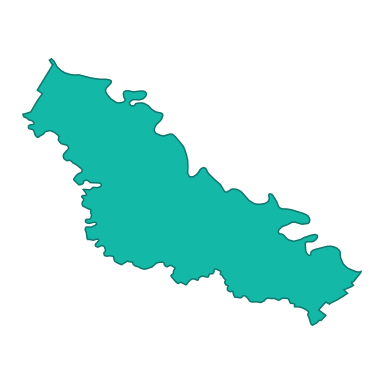 the district of Prisacani, Iasi, Romania
{"feature_id": "2599482B74582791641671", "entity_name": "Prisacani", "entity_type": "district", "adm_level": 2, "iso_a3": "ROU", "parent_name": "Romania", "parent_adm1": "Iasi", "projection": "natural_earth1", "projection_center": [27.89, 47.067], "detail": "fine", "context": "isolated", "style": "filled", "palette": "teal", "viewbox_px": 384, "rotation_deg": 0, "n_neighbors": 0, "source": "geoboundaries", "source_scale": "gbopen_adm2", "svg_char_len": 5935}
<svg xmlns="http://www.w3.org/2000/svg" viewBox="0 0 384 384"><path d="M361.0,271.5L359.0,272.1L355.8,271.6L348.1,268.4L345.1,265.9L343.1,263.7L340.6,257.9L340.2,254.9L340.3,252.8L340.0,251.5L338.7,249.8L336.6,248.0L333.6,246.8L330.4,246.2L327.1,246.4L315.9,249.2L312.5,250.5L311.0,252.1L310.7,254.7L309.9,255.5L308.4,255.1L306.7,253.2L305.8,251.3L305.2,243.4L305.9,242.5L306.9,241.7L311.7,241.8L313.6,241.3L315.6,239.9L317.3,237.6L317.5,235.9L316.9,235.1L314.8,234.5L311.1,235.2L303.8,237.7L300.8,239.5L293.7,241.3L288.9,240.0L286.9,238.7L284.7,236.2L282.9,234.7L281.3,233.9L279.4,233.9L278.4,232.1L278.4,231.2L278.9,229.7L281.5,227.1L283.0,226.3L288.0,224.4L291.7,222.4L293.5,222.0L295.1,222.2L302.0,224.2L307.1,223.6L308.4,223.2L309.3,222.3L309.8,219.5L309.2,217.9L308.1,216.1L306.4,214.8L303.2,213.4L291.5,209.8L286.8,209.0L282.2,208.9L280.6,208.3L279.1,207.2L278.2,205.8L276.9,202.2L274.6,198.2L272.1,194.5L270.0,193.8L269.2,194.1L268.9,194.8L268.8,196.0L269.3,198.3L268.8,200.2L267.9,201.7L266.4,202.7L264.7,203.5L261.3,204.1L258.1,204.3L254.5,203.8L248.9,200.4L241.8,192.3L239.8,190.8L237.5,189.7L235.2,189.1L232.3,189.0L231.2,189.4L227.1,192.0L225.4,192.0L224.5,191.4L220.4,184.5L214.6,179.6L208.8,173.9L207.5,172.1L206.3,169.2L205.3,168.2L203.7,167.6L201.7,168.3L200.1,169.6L198.9,171.7L196.5,174.6L193.2,176.8L190.2,176.9L189.1,176.2L187.7,173.4L187.9,165.7L187.6,160.2L186.5,155.2L184.9,150.0L183.5,146.7L182.0,144.7L175.4,136.8L173.5,135.0L172.1,134.2L170.7,134.0L169.0,134.3L163.8,136.0L160.4,135.3L157.7,134.2L155.7,133.1L154.4,131.3L154.3,129.4L154.8,127.5L155.6,125.8L157.0,123.9L160.1,121.0L161.5,119.1L162.6,116.5L162.8,114.7L162.2,113.7L161.1,113.0L156.4,112.1L154.3,111.1L151.6,109.2L148.2,105.6L143.9,103.3L141.9,102.9L137.1,103.2L135.7,103.7L134.1,105.8L133.1,106.0L131.0,105.6L129.7,104.3L129.5,102.7L130.1,101.6L132.1,100.0L134.1,99.6L139.3,99.9L143.2,98.7L145.0,97.1L146.0,95.6L146.5,93.9L146.0,92.7L145.0,91.7L143.3,91.1L140.8,91.0L133.2,91.9L129.0,90.8L125.8,90.8L123.9,92.0L123.3,93.9L123.9,97.2L125.0,99.1L125.1,100.4L123.8,101.9L121.5,102.6L118.7,103.0L116.4,102.5L111.2,99.2L107.2,94.6L105.6,91.7L105.6,89.7L106.4,87.8L110.5,83.7L111.4,81.8L111.0,80.6L109.1,79.8L105.8,79.3L100.8,79.3L95.3,78.7L90.3,77.8L79.1,74.9L74.6,75.0L69.7,74.4L64.5,72.7L61.1,70.5L57.2,67.0L54.0,61.2L51.5,58.8L49.4,60.1L51.9,64.1L52.9,64.6L37.3,90.1L42.4,93.7L37.5,100.5L30.8,111.9L24.5,114.0L23.0,114.1L23.3,115.8L24.0,116.8L27.1,118.2L28.8,119.9L32.0,120.7L33.8,122.5L34.1,123.2L33.8,124.1L33.2,124.5L30.6,124.7L29.2,125.3L28.5,126.2L28.4,127.5L28.8,128.3L29.4,128.8L32.3,129.4L33.2,129.9L34.0,131.2L35.0,134.7L36.8,137.0L38.0,137.3L39.0,136.8L40.1,135.9L43.5,134.0L44.9,132.1L45.7,131.6L49.5,130.6L50.5,130.7L54.7,132.5L58.2,135.4L58.9,137.0L58.3,139.6L58.7,140.7L60.1,142.6L61.8,143.9L66.8,145.1L67.6,145.7L68.4,147.1L68.5,148.4L68.0,149.3L64.4,153.2L63.5,154.7L63.2,156.2L64.0,158.7L66.5,160.6L67.4,160.7L69.4,160.2L71.1,161.0L73.1,163.0L76.9,165.1L81.0,168.4L82.3,170.0L81.9,171.6L81.0,172.6L78.1,173.8L76.4,175.4L73.7,179.1L73.8,179.8L74.9,181.0L78.9,184.8L80.7,184.6L82.4,184.0L83.3,183.1L83.9,181.0L85.6,180.2L87.5,180.4L90.3,182.6L99.1,183.0L100.5,183.5L101.2,184.2L101.3,185.4L100.7,186.4L98.5,187.4L96.8,187.6L93.2,187.3L92.4,187.7L91.7,188.8L89.9,189.8L84.9,189.5L84.0,189.2L83.2,189.6L85.4,192.3L86.3,193.9L86.6,194.7L85.9,195.5L82.8,195.5L81.7,196.2L81.8,197.0L83.5,199.1L83.7,199.8L83.7,200.4L82.3,202.1L82.1,203.1L82.2,204.9L82.8,206.0L83.4,206.4L88.3,208.8L90.7,209.6L91.0,210.6L90.6,211.8L90.6,212.7L91.6,215.1L91.2,216.9L90.4,218.7L89.3,219.3L86.3,219.4L85.5,220.2L85.5,221.7L86.0,222.5L87.0,223.0L89.4,223.4L92.8,222.5L95.0,222.2L95.9,222.5L96.5,223.7L96.5,224.2L95.2,225.3L91.6,227.1L86.6,227.0L86.1,227.2L85.5,227.9L85.2,229.8L86.3,232.6L86.8,236.3L87.4,236.8L87.0,237.3L86.9,238.1L87.7,239.5L89.1,239.4L93.4,240.2L96.5,239.2L98.0,239.3L98.7,240.1L98.7,240.8L95.6,244.0L95.3,244.9L95.5,246.0L96.5,246.7L97.9,247.1L101.8,245.5L103.6,246.1L104.6,247.2L105.5,250.3L105.1,251.4L103.9,252.8L104.0,254.4L104.3,255.1L104.8,255.7L106.5,256.2L110.4,255.8L112.7,256.3L113.8,257.2L114.0,259.6L114.8,261.2L116.9,262.7L120.7,264.4L121.7,264.6L127.6,261.0L128.4,261.6L132.5,262.2L133.3,264.3L134.2,265.3L135.6,266.1L138.5,266.9L140.8,268.2L143.6,269.1L144.9,269.1L147.7,268.5L149.6,267.6L152.0,267.0L156.1,263.3L156.8,263.0L159.3,262.3L162.7,262.1L164.1,262.9L164.3,264.7L165.7,266.3L167.1,266.8L169.7,265.5L171.3,265.5L174.9,267.7L174.9,268.6L173.5,270.8L173.3,273.6L171.5,274.8L171.0,275.5L171.0,275.9L172.1,277.5L175.1,281.1L177.6,283.4L178.3,283.5L179.6,282.7L181.2,282.3L185.8,284.9L186.7,284.3L188.4,281.9L190.2,280.2L192.2,278.9L194.5,279.0L197.5,280.3L198.1,279.9L198.7,278.3L199.3,277.5L202.1,276.0L206.9,277.1L208.1,277.0L208.6,276.4L209.1,274.2L210.1,273.9L212.5,273.8L213.7,272.6L214.5,269.2L215.4,269.0L216.5,269.2L220.5,271.2L220.8,271.8L220.3,273.9L220.4,274.4L222.3,275.5L223.4,277.7L225.6,279.8L225.4,280.7L224.8,281.7L224.8,283.0L225.9,284.9L227.7,285.5L228.2,285.9L228.2,286.4L227.4,287.7L227.3,288.8L227.6,290.3L229.7,291.6L230.9,291.7L232.1,291.3L232.7,291.5L233.1,292.5L233.5,294.6L234.8,297.1L240.5,297.8L241.6,297.4L243.0,295.9L244.6,295.7L245.6,296.2L247.8,298.3L249.7,301.1L251.0,301.8L252.9,302.0L256.5,301.8L260.7,302.5L263.9,301.1L266.1,298.7L268.3,298.0L271.5,298.6L274.4,298.4L278.5,300.3L280.7,299.3L282.2,298.2L287.5,298.4L288.6,299.2L289.8,302.1L290.6,303.3L293.2,303.5L294.6,304.3L294.8,305.2L294.3,306.2L294.7,306.8L298.5,306.9L301.5,307.5L305.7,309.4L308.3,311.5L308.7,312.6L307.8,314.1L308.0,315.4L309.2,318.2L310.7,323.2L311.3,324.4L312.4,325.2L316.5,323.0L319.2,320.5L321.3,320.3L325.8,315.3L318.7,310.0L321.8,306.3L325.9,302.1L329.4,304.1L331.0,302.9L337.6,299.7L339.6,298.2L341.5,297.4L347.5,293.3L343.9,289.8L350.9,286.9L353.5,285.3L351.4,282.8L351.6,282.2L352.6,282.1L353.7,281.5L360.3,273.2L360.8,272.4L361.0,271.5Z" fill="#14b8a6" stroke="#0f766e" stroke-width="1.5"/></svg>